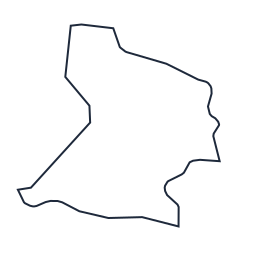 the border of Redbridge, rotated 281°
{"feature_id": "GBR-2074", "entity_name": "Redbridge", "entity_type": "London Borough", "adm_level": 1, "iso_a3": "GBR", "parent_name": "United Kingdom", "parent_adm1": "", "projection": "orthographic", "projection_center": [0.078, 51.584], "detail": "fine", "context": "isolated", "style": "outline", "palette": "slate", "viewbox_px": 256, "rotation_deg": 281, "n_neighbors": 0, "source": "natural_earth", "source_scale": "10m", "svg_char_len": 816}
<svg xmlns="http://www.w3.org/2000/svg" viewBox="0 0 256 256"><g transform="rotate(281 128 128)"><path d="M217.5,52.3L220.7,62.5L223.1,94.5L205.9,104.5L205.3,105.4L202.5,110.9L202.2,112.5L198.4,153.4L188.9,187.7L188.3,195.5L187.9,196.9L187.3,198.2L184.8,201.1L182.7,202.3L177.7,203.5L164.4,202.4L157.4,205.6L155.6,207.9L154.2,211.8L151.4,215.3L149.0,216.7L148.1,216.8L138.9,213.2L136.3,213.3L112.9,224.3L110.5,204.7L108.3,198.1L106.1,195.1L94.8,191.4L92.7,189.6L83.6,177.7L82.7,177.0L78.4,175.4L76.4,175.4L73.2,176.5L69.6,179.2L62.3,191.2L60.1,192.8L41.0,196.4L43.2,158.9L35.9,125.9L37.0,96.1L42.5,77.6L42.9,72.9L41.6,65.8L39.6,61.3L34.0,53.1L33.1,50.8L32.9,49.4L33.0,46.7L34.5,41.2L35.3,40.0L46.4,31.7L50.9,44.1L126.1,89.8L142.5,85.9L166.2,56.7L217.5,52.3Z" fill="none" stroke="#1e293b" stroke-width="2"/></g></svg>